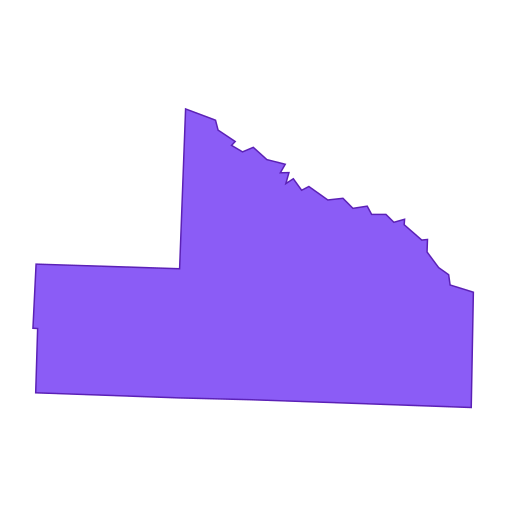 outline of Brown, Minnesota, United States of America, rotated 2°
{"feature_id": "52423323B40765245365821", "entity_name": "Brown", "entity_type": "district", "adm_level": 2, "iso_a3": "USA", "parent_name": "United States of America", "parent_adm1": "Minnesota", "projection": "robinson", "projection_center": [-94.665, 44.303], "detail": "fine", "context": "isolated", "style": "filled", "palette": "violet", "viewbox_px": 512, "rotation_deg": 2, "n_neighbors": 0, "source": "geoboundaries", "source_scale": "gbopen_adm2", "svg_char_len": 645}
<svg xmlns="http://www.w3.org/2000/svg" viewBox="0 0 512 512"><g transform="rotate(2 256 256)"><path d="M476.4,399.9L474.5,284.6L451.0,278.2L449.2,268.0L438.9,261.2L426.8,246.0L426.8,233.5L421.1,234.3L403.0,219.6L403.2,214.1L392.6,217.5L384.4,209.9L370.1,210.4L365.4,202.3L351.2,205.0L340.9,195.3L325.8,197.5L306.4,184.7L299.3,188.7L290.6,177.5L283.3,182.6L286.0,171.5L277.4,172.0L282.0,163.3L263.5,159.3L249.5,147.5L238.9,152.4L227.7,146.3L231.2,142.3L213.7,131.5L210.8,121.7L180.5,111.5L180.1,271.4L36.5,271.8L35.6,336.0L40.3,336.1L40.6,400.4L183.8,400.5L256.2,399.8L476.4,399.9Z" fill="#8b5cf6" stroke="#5b21b6" stroke-width="1.5"/></g></svg>